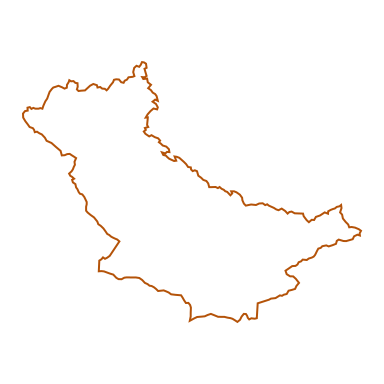 the district of Rio Branco do Sul, Paraná, Brazil
{"feature_id": "56859067B90191721283188", "entity_name": "Rio Branco do Sul", "entity_type": "district", "adm_level": 2, "iso_a3": "BRA", "parent_name": "Brazil", "parent_adm1": "Paraná", "projection": "mercator", "projection_center": [-49.343, -25.056], "detail": "fine", "context": "isolated", "style": "outline", "palette": "amber", "viewbox_px": 384, "rotation_deg": 0, "n_neighbors": 0, "source": "geoboundaries", "source_scale": "gbopen_adm2", "svg_char_len": 4434}
<svg xmlns="http://www.w3.org/2000/svg" viewBox="0 0 384 384"><path d="M237.4,321.9L240.0,319.8L241.6,316.6L243.8,313.9L245.9,314.0L247.1,315.8L247.8,317.8L249.2,319.4L251.3,318.3L254.8,318.7L256.8,318.2L257.7,303.3L269.0,299.7L271.0,298.6L275.5,298.1L279.9,295.4L282.0,295.8L283.8,294.7L286.7,294.0L288.6,290.7L291.9,289.9L295.1,288.9L296.4,286.0L299.0,282.9L295.9,278.9L293.2,276.4L290.1,276.3L286.7,274.2L285.5,270.7L288.3,268.8L292.2,266.1L295.5,265.9L297.5,264.5L298.7,262.2L301.0,261.4L302.7,259.6L306.8,260.0L308.8,258.5L311.8,257.6L313.7,256.6L315.1,254.9L316.9,251.2L318.3,248.6L320.7,247.9L322.3,246.2L326.3,245.4L328.7,246.4L332.5,245.2L336.0,243.8L336.8,240.9L338.7,239.6L343.4,241.0L346.1,241.1L352.7,239.2L354.1,236.3L357.4,234.7L359.9,235.5L359.6,233.4L361.0,230.8L358.8,229.2L355.0,227.6L351.6,227.0L349.2,227.3L348.2,224.5L345.7,222.0L342.9,218.5L342.1,214.6L340.1,212.4L341.5,208.1L341.1,205.0L339.5,206.3L336.8,206.9L334.8,208.5L333.0,209.0L330.7,209.9L328.2,211.3L328.0,213.7L324.7,212.4L320.0,215.5L315.9,216.9L314.1,220.0L311.7,219.8L308.9,222.2L306.7,220.2L303.7,216.2L303.0,213.6L294.7,213.3L291.6,211.6L289.4,212.0L287.6,213.6L285.2,211.0L281.7,208.6L278.5,210.2L276.2,209.4L273.9,207.9L268.8,205.6L267.2,204.3L265.2,205.1L262.7,203.3L259.2,203.5L256.0,205.0L251.1,204.5L245.8,205.6L243.9,203.6L242.4,200.3L242.1,197.7L239.9,194.7L238.2,193.5L236.5,192.3L234.0,191.3L231.2,191.3L232.2,193.4L230.4,195.3L227.2,191.9L225.2,191.2L223.8,189.8L221.6,188.8L219.6,187.0L217.9,188.1L215.6,187.0L212.3,187.1L209.2,187.1L208.2,183.4L206.4,181.0L203.3,179.9L201.1,177.7L198.3,175.7L197.0,171.2L194.8,170.3L192.7,171.1L191.1,169.5L190.8,167.4L188.1,167.0L186.1,164.1L183.9,161.9L179.3,157.8L176.7,156.8L174.6,156.5L176.2,160.7L174.1,161.0L169.1,158.7L167.3,157.1L165.9,155.6L163.3,155.0L162.0,152.4L165.3,153.4L167.0,151.9L169.4,152.1L168.9,149.2L166.3,146.6L162.7,145.5L160.9,143.7L158.9,142.2L160.1,140.6L158.1,138.3L154.9,137.2L151.5,135.2L149.2,136.4L145.4,133.8L143.8,131.5L145.8,129.9L144.9,128.0L148.2,127.0L147.1,125.0L147.3,122.8L147.6,119.9L147.8,117.4L145.7,117.6L147.6,114.4L150.5,111.1L153.5,108.5L157.1,109.4L157.8,107.3L156.0,104.0L152.6,101.7L155.2,99.6L157.8,100.8L156.6,96.1L155.2,94.1L152.7,92.6L150.9,90.1L148.2,88.2L151.0,84.8L147.8,82.3L147.1,78.6L143.3,79.0L142.2,77.1L144.6,77.3L146.6,75.9L145.7,73.0L144.5,68.8L146.6,67.8L146.0,63.7L144.0,62.4L142.0,62.1L140.7,64.9L139.2,66.8L136.5,65.8L134.2,67.9L133.2,72.1L134.4,76.1L132.7,76.8L128.5,77.3L127.0,79.6L124.7,80.7L123.6,82.8L121.2,82.2L119.0,79.5L116.2,79.3L114.0,79.8L113.0,82.3L110.2,85.7L108.1,88.8L106.6,90.3L104.8,88.8L102.2,88.6L100.2,87.0L97.5,87.5L96.9,85.2L93.3,84.0L90.1,85.7L85.0,90.4L80.9,90.7L78.5,91.0L76.9,89.4L77.7,86.8L77.5,83.2L75.4,82.9L73.5,81.1L71.1,81.3L69.3,80.2L68.7,82.1L67.0,84.8L66.8,87.7L64.5,88.6L62.1,87.3L58.5,85.8L55.3,86.9L53.3,87.5L51.9,88.9L49.6,91.9L48.4,95.2L47.2,98.6L45.3,101.4L43.4,105.7L42.4,108.7L40.3,108.1L38.5,108.7L35.4,108.7L33.3,107.9L31.4,108.9L29.8,107.1L27.5,107.7L27.7,110.6L25.0,111.1L23.0,113.6L23.2,117.6L25.4,121.3L27.7,124.3L29.6,127.0L32.9,128.2L34.1,129.9L34.8,132.2L37.0,131.7L39.4,133.3L41.8,134.4L44.9,137.7L46.6,140.8L51.5,143.0L56.0,147.0L60.6,150.9L61.8,155.4L64.7,155.2L67.2,154.1L69.7,153.9L72.1,155.5L73.7,156.5L76.1,158.1L74.5,161.8L74.9,164.8L73.8,166.9L72.9,169.3L71.6,171.3L69.1,173.6L70.3,175.8L72.1,176.9L74.1,178.7L72.1,179.8L72.9,182.4L75.4,184.1L76.1,187.4L77.5,189.3L78.6,191.9L79.9,193.7L82.3,194.4L84.3,197.0L86.7,202.0L86.7,204.2L86.1,206.8L86.1,210.7L87.6,212.5L90.5,214.9L94.0,217.4L97.3,221.5L98.3,224.2L100.7,225.8L103.4,228.4L105.4,231.2L107.3,234.0L109.1,234.9L111.2,236.7L113.1,237.7L115.0,238.6L117.2,239.5L119.4,241.4L109.7,255.9L107.2,257.7L105.0,258.8L103.0,257.4L101.4,259.3L99.3,260.6L98.8,271.3L101.4,271.1L104.0,271.4L110.0,273.6L113.3,274.6L116.3,277.8L118.5,279.1L121.6,279.2L124.3,277.7L126.5,277.4L136.1,277.5L139.3,278.0L142.2,280.0L144.9,282.9L147.6,284.1L149.5,285.7L151.6,286.0L154.0,287.3L156.1,289.0L158.1,291.0L163.7,290.4L166.2,291.4L168.7,292.5L171.1,294.3L175.2,294.8L181.1,295.3L182.7,297.8L184.1,300.3L185.9,303.0L188.4,302.9L190.1,305.0L190.9,307.6L190.8,310.3L190.7,312.9L190.7,316.4L189.8,320.8L194.0,318.5L197.1,317.0L199.4,316.8L201.9,316.6L204.8,316.3L207.6,315.0L210.9,313.9L213.7,315.0L218.1,316.8L224.5,316.9L227.8,317.7L230.4,318.1L232.5,318.8L234.8,320.2L237.4,321.9Z" fill="none" stroke="#b45309" stroke-width="2"/></svg>